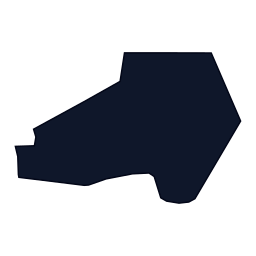 the district of Al-Hasna, Shamal Sina', Egypt
{"feature_id": "37247803B43495383669597", "entity_name": "Al-Hasna", "entity_type": "district", "adm_level": 2, "iso_a3": "EGY", "parent_name": "Egypt", "parent_adm1": "Shamal Sina'", "projection": "equal_earth", "projection_center": [33.353, 30.276], "detail": "fine", "context": "isolated", "style": "filled", "palette": "ink", "viewbox_px": 256, "rotation_deg": 0, "n_neighbors": 0, "source": "geoboundaries", "source_scale": "gbopen_adm2", "svg_char_len": 452}
<svg xmlns="http://www.w3.org/2000/svg" viewBox="0 0 256 256"><path d="M18.9,177.3L84.2,185.3L88.6,185.0L106.0,178.9L132.4,173.8L149.0,173.0L154.2,176.5L158.0,188.8L160.8,197.8L166.6,201.1L172.8,202.1L179.0,203.1L188.8,202.0L194.9,198.7L240.6,121.1L211.2,53.0L170.0,52.9L124.5,52.9L120.1,81.4L84.0,101.7L33.6,129.2L35.9,137.0L34.4,145.8L15.4,146.4L17.5,155.3L17.8,156.4L18.4,174.5L18.9,177.3Z" fill="#0f172a" stroke="#020617" stroke-width="1.5"/></svg>